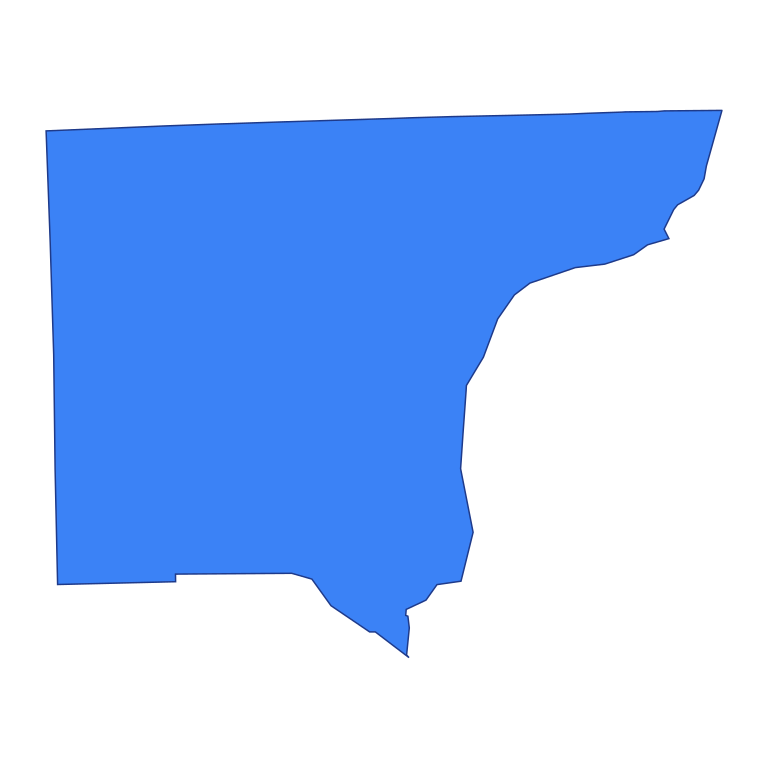 Wayne, Michigan, United States of America
{"feature_id": "52423323B15255243376052", "entity_name": "Wayne", "entity_type": "district", "adm_level": 2, "iso_a3": "USA", "parent_name": "United States of America", "parent_adm1": "Michigan", "projection": "equal_earth", "projection_center": [-83.141, 42.24], "detail": "fine", "context": "isolated", "style": "filled", "palette": "blue", "viewbox_px": 768, "rotation_deg": 0, "n_neighbors": 0, "source": "geoboundaries", "source_scale": "gbopen_adm2", "svg_char_len": 907}
<svg xmlns="http://www.w3.org/2000/svg" viewBox="0 0 768 768"><path d="M510.7,115.4L452.5,116.6L442.7,116.9L427.8,117.3L413.9,117.7L394.5,118.4L391.5,118.5L279.2,122.0L228.6,123.7L221.1,123.9L163.3,126.0L46.1,130.9L50.2,242.3L53.7,354.8L55.1,469.2L57.6,584.5L175.6,581.7L175.5,574.1L291.7,573.3L311.9,579.1L331.0,605.7L369.6,631.9L375.3,631.9L409.0,657.6L406.6,655.0L409.3,627.9L407.9,616.2L405.7,615.4L406.2,609.4L424.1,601.0L426.0,600.1L437.0,584.6L461.0,581.2L473.1,532.3L460.6,468.7L463.1,432.3L466.1,390.8L466.4,385.5L483.4,357.2L495.7,324.3L497.7,318.9L514.4,294.9L529.9,283.1L575.3,267.6L604.8,264.1L633.7,254.7L647.6,244.8L668.9,238.6L664.1,229.1L673.7,209.6L677.6,204.8L694.2,195.4L698.6,190.2L704.1,178.8L706.4,165.9L709.1,156.3L721.9,110.6L721.8,110.4L664.2,110.9L657.4,111.5L625.2,111.9L622.1,112.1L587.3,113.3L568.8,114.1L510.7,115.4Z" fill="#3b82f6" stroke="#1e3a8a" stroke-width="1.5"/></svg>